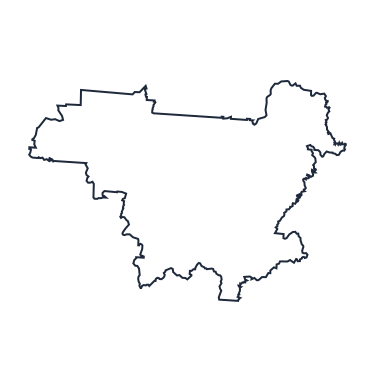 outline of Wollondilly, New South Wales, Australia, rotated 174°
{"feature_id": "25037944B50548000085953", "entity_name": "Wollondilly", "entity_type": "district", "adm_level": 2, "iso_a3": "AUS", "parent_name": "Australia", "parent_adm1": "New South Wales", "projection": "robinson", "projection_center": [150.422, -34.07], "detail": "fine", "context": "isolated", "style": "outline", "palette": "slate", "viewbox_px": 384, "rotation_deg": 174, "n_neighbors": 0, "source": "geoboundaries", "source_scale": "gbopen_adm2", "svg_char_len": 5932}
<svg xmlns="http://www.w3.org/2000/svg" viewBox="0 0 384 384"><g transform="rotate(174 192 192)"><path d="M94.1,112.1L91.9,112.0L91.7,113.6L89.7,114.4L89.5,115.2L88.2,115.8L86.9,115.4L86.7,114.6L85.0,114.9L83.7,117.5L84.9,119.3L87.0,119.3L88.4,120.0L88.6,122.1L87.0,125.7L87.0,126.9L88.3,128.6L89.1,132.6L88.9,134.9L90.6,136.9L90.7,139.5L92.3,139.6L93.4,141.6L95.9,141.7L99.7,139.6L102.8,136.2L104.5,135.8L105.9,136.6L105.3,140.6L113.8,142.4L111.0,146.3L112.4,148.1L110.6,149.1L110.7,150.5L109.3,151.7L109.4,153.6L107.7,154.1L105.2,157.3L103.2,158.3L102.4,160.0L102.5,161.7L100.2,162.8L99.9,164.7L97.4,164.7L96.3,165.7L95.9,167.0L95.0,166.8L93.3,167.6L93.3,169.5L92.8,170.3L90.6,169.5L89.6,170.8L89.2,172.3L88.4,171.4L87.6,171.7L87.1,172.7L88.4,173.4L88.5,174.1L85.3,175.2L84.9,176.0L85.9,176.7L87.8,176.6L88.0,177.6L85.3,178.6L84.1,177.0L83.3,177.6L83.5,179.9L82.9,180.7L79.9,181.0L80.7,181.8L80.5,182.8L79.1,183.2L78.4,184.1L79.3,186.8L79.2,189.9L80.1,191.4L80.2,192.8L79.0,193.6L77.4,192.6L77.1,194.0L75.3,193.4L74.4,193.7L73.9,195.1L75.9,196.6L75.6,197.3L73.4,196.1L72.3,194.6L70.0,195.5L69.7,196.7L70.6,200.2L70.3,201.5L69.3,200.8L69.1,198.7L67.2,198.5L68.6,200.4L66.5,201.1L66.8,201.9L68.2,202.7L68.0,205.1L68.7,206.1L65.8,208.8L65.9,212.5L66.3,213.6L68.6,216.1L67.6,217.9L68.8,220.3L68.6,221.5L72.3,222.3L72.1,223.4L72.9,225.6L69.4,226.4L68.5,225.0L66.8,224.4L65.7,222.5L65.9,221.1L61.9,220.3L60.2,218.0L60.4,215.7L58.9,213.5L57.8,213.7L56.4,216.0L53.9,218.2L51.0,216.9L48.1,216.5L48.0,215.9L45.4,215.0L44.3,213.6L42.1,213.6L40.0,216.5L37.4,217.6L36.4,217.2L35.4,218.3L36.0,219.6L35.5,221.2L34.2,222.6L34.0,223.5L34.8,224.0L35.3,223.4L36.9,223.6L37.5,225.2L38.0,224.6L39.0,224.8L38.7,223.8L39.2,223.4L39.8,223.7L39.7,224.5L40.3,224.4L40.5,225.6L41.6,223.9L42.0,225.1L43.6,225.3L44.4,224.3L44.5,225.0L45.1,224.9L44.8,225.4L45.3,226.1L44.5,227.0L45.4,229.2L45.0,230.2L46.6,231.0L48.2,235.9L50.3,235.4L50.7,237.0L49.7,237.5L51.2,239.9L51.0,242.7L52.1,245.1L51.4,245.4L51.7,247.1L51.0,247.4L51.4,249.6L50.1,249.8L49.0,251.4L50.0,254.3L48.3,256.9L47.0,257.8L47.6,259.8L46.4,261.5L46.8,262.0L48.8,261.6L49.7,262.8L50.7,263.0L50.0,265.0L49.1,265.5L49.3,266.9L48.0,267.1L47.5,268.2L49.2,268.9L49.8,270.0L50.1,271.6L48.8,273.3L50.2,276.0L54.3,275.8L57.2,277.5L58.3,277.6L61.1,275.1L62.8,275.1L63.5,275.9L63.0,280.1L70.2,282.0L72.9,284.3L73.5,286.4L76.8,286.7L77.7,289.2L80.7,287.3L81.7,287.4L82.9,288.2L84.2,291.7L85.4,292.4L91.7,292.6L95.0,290.7L98.3,291.0L102.3,286.8L103.2,284.8L103.4,281.4L104.0,280.5L107.4,278.6L108.1,277.4L108.4,273.0L110.3,265.9L109.9,260.5L111.8,258.9L118.5,257.7L120.9,253.5L122.7,252.4L123.9,253.1L123.9,254.0L124.4,254.3L124.6,256.6L124.1,256.9L127.0,257.4L126.6,258.6L129.7,259.1L129.9,257.9L145.7,260.7L145.4,262.7L149.2,261.6L153.2,261.7L152.9,263.5L154.6,263.8L154.8,262.7L222.1,274.3L223.3,275.2L222.9,277.7L222.3,278.5L222.4,279.6L221.3,281.1L221.3,282.4L219.0,285.0L219.3,285.8L220.4,285.9L219.9,287.0L227.4,288.2L226.9,291.3L227.8,291.5L228.1,293.9L227.1,294.2L228.3,299.2L226.4,299.6L227.0,302.4L233.7,296.7L238.4,297.4L240.9,295.3L291.7,305.1L293.6,290.1L308.0,292.3L308.4,290.7L316.8,292.0L316.0,289.5L316.4,287.2L313.3,281.2L312.7,277.2L316.4,276.4L320.5,278.7L324.6,278.6L329.5,280.8L337.8,272.3L339.3,271.9L341.4,265.1L343.4,262.2L345.3,261.1L345.4,260.5L343.1,259.4L343.9,255.9L342.7,252.4L349.1,253.5L349.3,251.8L347.9,251.5L347.7,251.0L348.7,248.1L350.0,246.1L348.7,244.1L347.0,242.9L341.0,241.8L340.8,242.5L339.0,241.5L337.1,241.8L335.7,239.4L333.1,239.8L330.6,237.6L329.8,238.1L330.4,240.1L330.1,240.6L328.1,239.3L329.3,238.1L327.1,238.1L326.8,236.9L325.6,237.2L294.1,231.8L295.0,230.5L293.2,226.5L295.5,222.3L295.1,219.9L293.3,218.2L294.7,216.8L295.7,214.1L294.3,212.1L292.2,211.9L289.9,212.6L288.8,210.3L290.6,196.8L289.7,195.5L286.8,195.1L285.7,195.7L282.9,195.4L281.2,195.9L278.1,195.4L279.8,197.2L281.0,197.6L281.3,198.5L281.0,200.5L279.0,202.1L266.6,199.6L266.3,200.3L261.8,199.4L257.7,197.3L259.4,192.9L261.5,192.4L262.3,191.0L260.5,190.0L261.2,187.2L260.9,186.2L261.8,185.3L262.4,183.3L262.0,183.0L263.9,179.7L263.8,178.5L264.7,177.8L264.9,176.0L265.9,175.0L265.3,173.7L264.2,174.4L261.9,174.0L260.2,171.0L258.8,169.7L258.1,166.2L262.0,162.6L265.1,159.0L265.5,157.8L265.0,156.7L263.7,156.2L261.4,156.7L258.4,156.4L255.3,153.1L250.6,151.0L250.3,149.8L251.0,144.6L250.2,144.5L249.6,145.6L248.7,145.8L247.4,145.0L246.9,143.9L247.5,140.4L250.0,135.3L249.2,133.7L248.6,134.0L246.7,132.9L246.9,131.7L254.3,133.0L254.3,132.1L256.4,130.5L257.8,127.1L256.1,124.6L254.1,124.2L252.7,121.4L252.7,114.8L254.0,113.5L254.6,111.3L254.4,108.4L253.5,106.3L254.1,104.3L253.2,101.9L252.6,101.8L251.4,103.9L249.7,104.5L247.6,103.9L246.7,104.5L245.0,104.3L244.3,103.0L238.5,107.7L237.6,107.4L237.0,109.4L235.4,110.3L233.9,109.8L233.5,108.9L231.5,108.5L229.3,109.8L228.2,111.2L227.8,112.6L228.5,114.4L226.7,115.7L226.5,116.8L220.8,118.5L219.2,117.5L219.1,114.4L215.6,110.5L213.2,110.7L210.6,107.7L207.5,107.1L205.8,105.6L201.3,108.9L201.3,109.7L202.9,110.6L202.3,113.8L200.7,113.6L198.7,115.0L196.9,114.8L196.8,115.9L194.4,119.4L192.6,120.7L191.4,120.2L190.2,117.4L187.6,115.8L187.2,114.7L185.7,114.5L185.3,113.7L180.4,113.8L179.0,113.2L178.5,110.7L176.8,110.2L176.3,108.2L174.1,106.4L172.8,106.2L171.8,104.7L171.7,101.8L172.8,100.0L172.2,98.2L174.5,95.3L174.1,92.7L173.2,90.8L176.4,84.4L176.2,82.1L157.5,78.9L156.9,80.4L156.2,80.7L156.2,81.4L155.3,81.7L157.5,82.9L156.8,83.7L156.7,85.0L155.7,85.2L156.0,86.1L154.6,89.0L154.4,91.8L153.3,92.4L155.1,93.0L155.5,94.1L153.8,93.9L153.6,96.1L152.4,95.7L151.4,96.8L150.1,96.4L149.5,97.2L148.5,96.7L148.3,97.9L146.6,98.3L148.3,99.5L148.9,102.1L143.3,101.9L141.6,100.6L142.0,99.0L138.9,100.0L136.8,97.5L135.1,97.4L131.2,100.1L127.4,99.6L124.6,103.4L122.6,103.1L122.3,105.7L118.4,108.5L116.0,107.3L115.4,111.1L112.9,111.7L111.7,113.8L104.3,112.9L101.6,114.1L98.0,111.0L95.4,114.5L94.7,114.1L94.1,112.1Z" fill="none" stroke="#1e293b" stroke-width="2"/></g></svg>